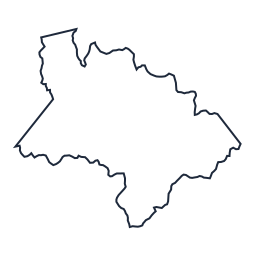 the district of Itapiúna, Ceará, Brazil
{"feature_id": "56859067B46365761499950", "entity_name": "Itapiúna", "entity_type": "district", "adm_level": 2, "iso_a3": "BRA", "parent_name": "Brazil", "parent_adm1": "Ceará", "projection": "robinson", "projection_center": [-38.958, -4.601], "detail": "fine", "context": "isolated", "style": "outline", "palette": "slate", "viewbox_px": 256, "rotation_deg": 0, "n_neighbors": 0, "source": "geoboundaries", "source_scale": "gbopen_adm2", "svg_char_len": 3026}
<svg xmlns="http://www.w3.org/2000/svg" viewBox="0 0 256 256"><path d="M76.4,29.0L41.2,37.4L41.7,39.5L41.9,42.2L42.9,43.9L44.6,46.6L42.8,48.5L40.9,50.4L39.4,52.3L39.5,54.4L40.4,56.9L42.3,58.4L42.6,61.2L42.8,63.6L42.0,65.6L41.5,68.3L40.6,70.9L41.1,74.0L42.1,76.3L42.8,78.6L42.3,80.6L41.3,82.7L43.3,84.2L45.8,84.0L45.8,86.1L46.8,87.9L47.1,90.3L50.0,89.9L50.1,92.5L51.4,94.4L52.3,96.7L53.1,99.2L15.4,146.6L17.3,146.2L19.6,145.7L20.1,147.7L19.9,150.4L21.0,153.1L22.3,154.6L24.4,156.8L27.4,156.2L29.7,154.8L31.3,153.2L32.7,155.3L34.5,157.5L36.6,156.2L38.9,155.1L41.0,155.2L43.1,154.8L45.8,155.5L47.8,159.2L49.2,162.1L51.0,163.5L53.3,165.1L56.0,164.1L57.8,163.0L59.9,161.3L61.4,159.0L62.6,157.0L64.5,155.7L66.6,155.6L69.3,155.3L72.2,156.6L74.8,158.1L77.4,157.9L78.6,155.7L81.2,156.9L85.1,157.2L87.4,159.4L90.0,162.8L93.2,162.6L95.4,160.7L97.5,160.2L98.6,161.7L99.4,164.5L101.2,165.0L103.0,165.1L105.0,166.3L107.6,168.2L108.7,170.9L108.3,174.8L110.2,176.4L112.0,176.2L114.4,174.6L116.7,173.5L123.7,173.4L124.4,176.0L125.0,178.2L125.0,180.5L124.8,183.7L125.7,186.8L124.5,188.6L118.6,195.1L117.0,197.7L116.4,199.6L116.4,201.8L119.1,206.1L121.2,208.0L123.7,209.0L125.0,211.1L125.8,213.4L127.4,215.5L127.9,217.8L127.8,220.5L129.2,224.1L129.8,227.0L132.7,226.2L135.3,226.5L137.9,226.7L140.3,226.2L142.3,225.4L143.1,223.4L144.5,221.8L145.8,220.2L147.5,219.3L149.4,218.4L151.7,215.3L153.9,212.9L155.7,211.3L154.0,207.6L156.4,207.0L161.8,208.0L163.4,206.5L165.2,204.9L167.1,204.3L168.1,201.4L168.6,193.7L171.1,189.6L171.3,186.1L172.4,184.2L175.1,182.9L177.1,180.7L179.6,178.2L181.7,175.9L183.6,174.6L186.0,175.0L189.9,177.6L192.2,177.9L194.9,177.4L197.4,177.0L199.6,176.0L201.9,176.5L203.8,177.6L206.1,177.8L209.9,178.3L210.7,176.4L212.0,172.9L214.2,171.0L216.0,169.0L217.2,164.6L218.2,162.1L221.0,162.0L224.1,161.0L225.7,159.2L227.1,155.9L229.5,156.0L229.7,152.8L230.3,149.3L233.2,147.7L236.0,149.2L238.5,149.0L239.5,146.3L240.6,143.9L217.5,114.0L214.4,113.1L212.0,114.0L209.5,113.9L207.5,111.9L205.9,110.5L203.1,110.7L200.6,111.5L198.9,113.3L196.9,114.4L194.8,114.9L194.7,112.2L195.1,108.7L195.6,105.9L193.9,100.3L194.9,97.8L196.0,95.8L195.8,93.8L194.8,91.9L192.9,91.5L190.7,91.6L188.6,92.5L186.3,92.7L184.4,93.3L181.2,92.2L178.0,92.0L176.4,90.1L175.9,82.8L173.9,75.7L171.1,74.4L169.0,73.6L167.3,75.0L165.0,76.3L162.5,76.6L160.6,76.7L158.2,76.6L156.3,76.4L153.8,75.5L150.5,74.1L147.6,71.5L146.3,69.2L144.8,65.4L142.0,65.4L140.6,66.8L138.4,67.3L136.6,69.5L135.2,65.9L134.0,62.2L133.4,59.7L133.9,56.6L133.9,54.2L131.3,51.7L129.4,49.8L127.7,48.6L125.7,47.9L124.1,49.1L122.3,50.1L119.0,49.5L116.2,50.3L113.0,50.5L111.4,51.6L109.4,53.0L106.4,53.9L102.9,52.5L100.4,51.5L99.1,49.8L96.8,46.7L95.5,44.7L95.0,42.5L91.2,44.1L90.1,46.1L89.7,49.4L89.1,51.6L88.2,53.6L86.5,56.1L84.7,58.4L84.2,60.4L85.1,62.5L85.8,64.5L84.6,66.5L81.9,65.2L80.8,63.2L80.8,61.0L79.4,59.7L78.3,58.1L77.2,55.8L76.9,52.6L76.9,49.4L76.0,47.0L75.2,44.7L73.6,42.8L72.7,40.3L73.1,38.2L72.4,35.9L73.6,32.6L75.7,31.0L76.4,29.0Z" fill="none" stroke="#1e293b" stroke-width="2"/></svg>